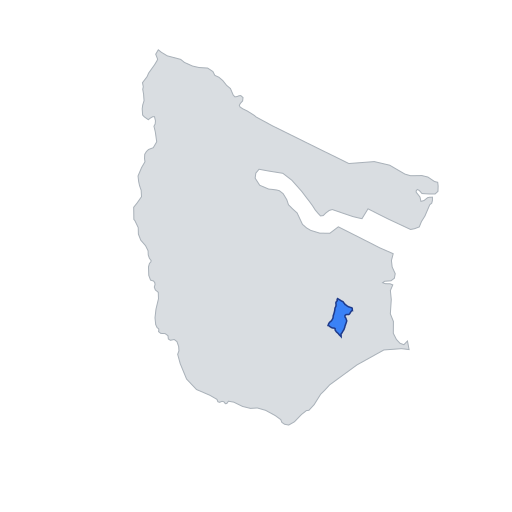 Diourbel, Diourbel, Senegal (highlighted), rotated 206°
{"feature_id": "50182788B22549322426328", "entity_name": "Diourbel", "entity_type": "district", "adm_level": 2, "iso_a3": "SEN", "parent_name": "Senegal", "parent_adm1": "Diourbel", "projection": "natural_earth1", "projection_center": [-16.194, 14.782], "detail": "fine", "context": "in_parent", "style": "filled", "palette": "blue", "viewbox_px": 512, "rotation_deg": 206, "n_neighbors": 0, "source": "geoboundaries", "source_scale": "gbopen_adm2", "svg_char_len": 6633}
<svg xmlns="http://www.w3.org/2000/svg" viewBox="0 0 512 512"><g transform="rotate(206 256 256)"><path d="M381.8,235.3L387.3,246.2L386.1,251.5L384.9,259.1L388.0,264.7L391.6,268.3L394.2,271.6L397.1,276.2L397.6,285.4L397.1,292.0L399.0,294.9L400.6,298.7L400.3,301.8L399.3,304.6L395.8,308.3L395.3,315.1L400.9,323.4L404.6,327.9L404.5,330.5L405.6,333.4L408.3,336.7L409.9,335.9L411.7,333.2L412.5,331.3L417.4,332.1L419.7,333.0L422.8,338.4L424.0,342.0L424.7,346.5L428.0,352.2L430.9,356.2L431.5,358.7L434.0,362.0L432.5,369.5L432.7,373.3L431.0,383.4L430.6,388.1L430.7,389.8L434.6,393.4L434.2,398.5L430.3,397.6L423.5,397.0L409.9,399.7L405.2,398.6L396.3,398.9L389.9,400.4L381.9,403.7L375.6,402.9L372.2,400.3L367.7,400.4L362.7,399.1L357.3,396.5L352.4,395.3L347.1,390.7L344.7,389.8L342.9,391.0L341.5,392.6L340.0,393.5L337.1,392.7L336.0,389.5L336.9,386.5L337.1,384.2L335.8,383.0L332.6,382.5L327.4,382.5L319.0,381.6L317.0,381.0L298.2,380.2L278.8,380.1L262.2,380.0L241.4,379.9L226.7,379.9L213.1,379.8L202.5,386.0L191.1,392.7L175.7,396.2L158.0,394.9L152.3,395.9L146.5,398.8L142.2,401.0L136.1,402.3L128.2,401.2L125.0,401.9L123.0,398.8L120.8,393.9L122.2,390.3L127.0,387.9L134.2,384.9L138.0,386.5L140.2,386.5L140.6,384.6L139.9,383.5L134.5,380.9L131.7,377.4L129.3,379.5L127.3,383.7L125.6,385.0L123.2,386.2L121.8,383.3L121.2,380.5L122.3,378.3L121.7,366.0L122.4,359.5L122.0,353.7L125.5,350.0L128.7,347.6L141.3,347.4L153.1,347.2L164.4,347.3L176.0,347.5L177.1,336.0L180.8,335.1L186.2,333.9L196.4,332.6L207.8,331.2L210.2,329.0L212.1,325.2L213.3,321.8L215.6,320.3L218.8,321.5L222.9,323.3L227.3,326.0L232.2,328.6L235.5,330.2L243.4,334.2L257.0,339.8L268.1,342.1L281.6,338.0L291.3,335.3L292.5,330.4L290.9,325.6L283.7,321.2L273.9,321.7L270.8,322.9L266.3,324.4L263.5,324.9L258.9,323.9L253.0,320.1L249.3,316.3L244.1,314.5L237.9,312.7L228.1,304.8L222.9,303.4L218.1,303.0L208.7,304.5L199.6,308.8L194.8,318.3L185.7,318.2L166.3,317.9L148.4,317.6L133.7,318.2L132.3,311.3L128.8,305.8L123.1,301.1L121.9,296.7L123.8,292.9L129.3,289.7L130.5,287.5L127.6,287.8L123.3,289.8L120.4,290.0L120.1,283.9L115.3,276.1L109.9,262.9L103.8,257.4L98.7,246.7L93.3,242.6L88.4,240.7L84.2,241.1L82.6,246.0L77.4,239.0L84.6,236.5L99.9,227.6L117.5,202.4L133.3,172.5L135.4,165.4L137.3,160.1L138.6,147.8L140.8,140.5L142.9,139.2L145.6,133.6L148.8,123.8L152.5,118.4L156.6,117.3L159.8,117.8L162.0,119.8L168.7,121.0L179.7,121.5L188.2,120.0L194.2,116.6L202.1,114.9L211.9,114.9L217.1,113.4L217.6,110.6L218.8,109.8L220.9,110.9L222.8,110.5L224.6,108.5L226.4,108.3L228.2,110.0L236.4,110.6L251.0,109.9L264.5,115.0L276.9,126.0L283.3,133.3L283.7,137.0L285.8,140.7L289.5,144.4L292.9,145.1L296.0,142.7L298.4,143.0L300.2,145.8L303.7,146.4L307.6,144.7L310.4,145.3L310.9,146.9L311.6,147.9L313.5,148.3L316.1,150.4L319.7,156.2L322.6,164.4L324.9,174.8L327.9,180.5L331.6,181.4L333.8,183.5L334.2,186.0L335.3,187.7L337.1,188.6L340.2,188.1L343.9,191.6L347.9,199.2L348.5,202.7L347.9,204.5L348.2,205.9L350.8,207.2L353.3,209.7L355.3,213.4L359.7,216.8L366.5,219.7L371.3,224.1L374.3,229.9L380.5,234.8L381.8,235.3Z" fill="#d9dde1" stroke="#a8b0b8" stroke-width="1"/><path d="M145.4,249.2L145.7,249.6L145.9,250.0L146.1,250.4L146.3,250.7L146.4,250.9L146.7,251.3L147.0,251.4L147.4,251.4L147.6,251.4L148.0,251.3L148.4,251.2L148.8,251.2L149.2,251.1L149.3,251.1L149.8,251.1L150.1,251.0L150.5,250.9L150.9,250.9L151.2,251.0L151.5,251.0L152.1,251.0L152.4,251.1L153.1,251.3L153.6,251.4L154.1,251.4L154.6,251.4L154.8,251.4L155.1,251.8L155.5,252.0L155.9,252.2L156.3,252.3L156.5,252.3L157.0,252.6L157.5,253.0L158.1,253.1L158.7,253.1L159.2,253.0L160.0,253.1L160.7,253.2L160.8,253.2L161.6,253.3L162.2,253.3L162.8,253.4L163.0,253.4L163.8,253.5L164.0,253.5L164.0,253.4L164.0,253.2L164.1,252.9L164.1,252.7L163.9,252.3L163.9,252.2L163.7,252.0L163.6,251.8L163.5,251.7L163.4,251.6L163.4,251.4L163.4,251.2L163.5,251.1L163.6,250.8L163.6,250.6L163.7,250.4L163.7,250.2L163.8,249.9L163.8,249.7L163.8,249.3L163.7,249.2L163.6,248.8L163.5,248.7L163.4,248.5L163.4,248.4L163.2,248.2L163.1,247.9L162.9,247.7L162.7,247.3L162.6,247.2L162.5,246.8L162.5,246.7L162.4,246.6L162.3,246.3L162.3,246.2L162.2,246.0L162.2,245.8L162.1,245.6L162.1,245.4L162.1,245.2L162.2,244.8L162.2,244.6L162.2,244.3L162.2,244.2L162.2,243.9L162.1,243.7L162.0,243.4L162.0,243.2L161.9,243.0L161.8,242.9L161.7,242.6L161.7,242.4L161.6,242.2L161.5,241.9L161.4,241.7L161.3,241.4L161.3,241.0L161.2,240.9L161.2,240.7L161.1,240.4L161.1,240.2L161.0,239.9L160.9,239.8L160.9,239.6L160.9,239.4L160.9,239.2L160.8,238.8L160.7,238.6L160.7,238.3L160.7,238.2L160.6,237.9L160.6,237.7L160.6,237.3L160.5,237.1L160.5,236.9L160.5,236.7L160.4,236.3L160.4,236.2L160.4,235.9L160.2,235.7L160.1,235.4L160.0,235.0L159.9,234.9L159.9,234.7L159.7,234.3L159.7,234.2L159.6,233.9L159.6,233.6L159.6,233.4L159.6,233.1L159.6,232.8L159.7,232.6L159.7,232.3L159.7,232.1L159.7,231.9L159.7,231.7L159.7,231.4L159.7,231.2L159.8,230.9L159.9,230.6L160.0,230.4L160.2,230.1L160.2,229.9L160.3,229.8L160.4,229.7L160.5,229.4L160.6,229.2L160.7,228.8L160.8,228.6L160.8,228.3L160.9,228.2L160.9,227.8L160.9,227.6L160.9,227.4L161.0,227.2L161.0,226.9L161.0,226.7L160.9,226.4L160.9,226.2L160.9,225.8L160.9,225.7L160.8,225.1L160.5,225.2L159.9,225.3L159.6,225.2L159.1,225.0L158.9,225.0L158.3,224.9L157.2,224.8L156.9,224.7L156.4,224.8L156.1,224.8L155.5,224.9L155.2,225.0L154.6,225.3L153.9,225.5L153.4,225.5L153.1,225.5L152.9,225.1L152.8,224.8L152.5,224.3L152.1,223.9L151.7,223.7L151.1,223.4L150.6,223.1L150.1,222.9L149.9,222.9L149.2,222.7L148.9,222.6L148.5,222.5L147.8,222.3L147.6,222.1L147.1,221.9L146.5,221.6L146.2,221.5L145.2,221.2L144.6,221.0L144.1,220.8L145.0,222.5L145.2,222.8L145.3,223.0L145.4,223.3L145.4,223.5L145.2,223.9L145.2,224.0L145.1,224.4L145.0,224.6L145.0,224.9L145.0,225.1L145.0,225.3L145.0,225.5L145.0,225.9L145.0,226.2L144.9,226.4L144.9,226.6L144.9,226.8L144.9,227.0L144.8,227.4L144.8,227.6L144.8,227.8L144.7,228.1L144.8,228.4L144.7,228.6L144.8,228.9L144.8,229.2L144.8,229.3L144.8,229.5L144.9,229.9L144.9,230.1L144.9,230.5L145.0,230.9L145.0,231.0L145.1,231.3L145.2,231.5L145.2,231.8L145.3,232.0L145.3,232.3L145.3,232.5L145.4,232.8L145.4,233.1L145.5,233.4L145.4,233.5L145.5,233.8L145.5,234.0L145.6,234.3L145.6,234.5L145.6,234.9L145.6,235.1L145.6,235.3L145.7,235.6L145.7,235.8L145.8,236.0L145.8,236.3L145.8,236.6L145.8,236.8L145.9,237.0L146.1,237.5L146.2,237.8L146.6,238.1L147.1,238.6L147.7,239.2L148.4,239.8L148.7,239.9L149.2,240.1L149.9,241.3L149.8,242.0L149.6,242.3L149.3,242.8L148.9,243.1L148.3,243.5L147.9,243.6L147.6,243.7L147.3,243.9L146.9,244.2L146.7,244.6L146.5,245.2L146.4,246.1L146.4,246.6L146.3,247.3L146.2,247.8L146.1,248.4L146.0,248.7L145.7,249.1L145.4,249.2Z" fill="#3b82f6" stroke="#1e3a8a" stroke-width="1.5"/></g></svg>